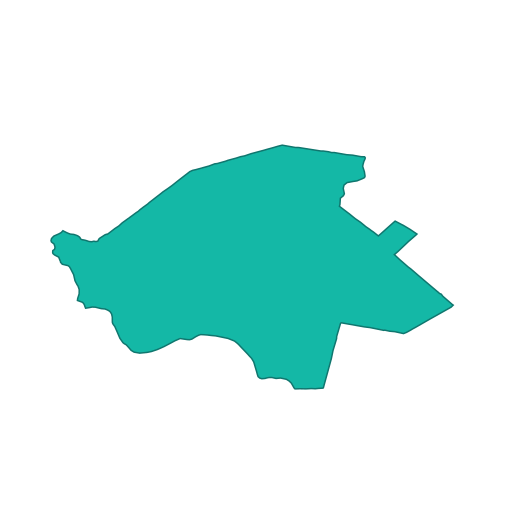 Cubulco, Baja Verapaz, Guatemala (Robinson projection), rotated 103°
{"feature_id": "79465075B69115234632813", "entity_name": "Cubulco", "entity_type": "district", "adm_level": 2, "iso_a3": "GTM", "parent_name": "Guatemala", "parent_adm1": "Baja Verapaz", "projection": "robinson", "projection_center": [-90.661, 15.156], "detail": "fine", "context": "isolated", "style": "filled", "palette": "teal", "viewbox_px": 512, "rotation_deg": 103, "n_neighbors": 0, "source": "geoboundaries", "source_scale": "gbopen_adm2", "svg_char_len": 3718}
<svg xmlns="http://www.w3.org/2000/svg" viewBox="0 0 512 512"><g transform="rotate(103 256 256)"><path d="M142.1,255.4L144.1,259.3L146.7,263.9L149.5,269.1L151.3,272.3L154.9,279.1L157.4,283.8L161.0,289.6L162.7,293.4L165.1,297.4L169.2,305.1L169.6,305.6L170.7,307.4L174.6,314.5L175.5,317.0L178.8,321.9L185.3,333.9L186.8,337.0L188.6,339.4L198.6,347.6L206.5,353.9L211.0,357.9L214.2,360.9L216.4,362.6L227.9,372.0L229.8,373.3L234.0,377.0L234.9,377.7L236.9,379.4L239.0,380.8L240.6,382.4L244.6,385.8L253.9,393.9L257.7,396.5L260.9,399.6L267.0,404.6L268.5,406.0L268.4,406.6L269.4,408.0L271.7,410.2L273.5,412.0L274.0,412.4L274.6,412.8L275.5,413.1L276.7,413.3L277.1,413.6L277.6,414.4L277.8,414.9L278.1,416.2L278.0,417.0L278.3,417.9L278.9,418.9L279.1,419.5L279.2,420.2L279.3,421.0L279.4,422.3L279.2,424.1L279.1,425.5L279.1,426.0L279.1,426.8L279.1,427.6L279.2,428.3L279.2,428.8L279.2,429.3L279.1,429.9L278.8,430.8L278.3,431.2L277.7,431.6L277.2,432.3L276.9,433.2L276.5,434.0L276.3,435.1L276.2,435.8L276.1,437.0L276.0,437.9L276.0,438.7L276.1,439.4L276.3,440.9L276.4,441.7L276.3,442.8L276.2,443.6L276.1,444.1L276.0,444.8L275.8,445.8L275.6,446.7L275.4,447.4L275.2,448.4L274.8,449.8L277.0,451.1L278.8,453.1L282.0,457.4L283.7,458.5L285.1,459.2L287.1,459.2L288.3,458.5L289.8,455.4L292.6,453.8L294.9,453.8L296.4,455.2L298.1,455.0L299.3,454.4L300.3,452.5L301.5,448.0L304.4,446.0L305.3,445.3L306.1,445.0L307.6,442.9L307.7,436.7L308.5,435.3L310.2,433.7L315.2,429.5L320.8,426.8L324.2,423.9L325.3,422.7L328.5,420.7L332.7,419.8L337.5,420.2L339.5,420.0L340.1,415.0L340.6,413.9L341.2,413.2L342.1,412.3L343.3,411.6L345.2,410.3L343.7,406.6L342.6,404.2L342.0,401.0L342.1,394.9L341.6,391.2L342.0,388.6L342.7,386.3L343.5,385.1L345.1,383.6L347.8,382.3L350.3,381.7L352.0,381.3L353.3,380.9L354.6,379.9L356.5,377.7L360.9,374.4L366.8,370.1L370.4,366.1L371.1,364.6L371.7,362.5L372.7,361.0L374.2,358.9L376.0,356.5L377.1,353.2L376.8,347.5L374.5,340.6L372.6,336.4L369.4,331.2L367.8,329.0L364.9,325.2L360.0,319.5L357.8,317.0L356.9,316.0L353.5,311.4L352.9,304.2L352.5,301.9L351.4,299.8L348.2,296.6L346.1,294.1L345.0,292.2L344.3,288.2L343.9,285.5L343.5,281.6L342.9,277.3L342.6,264.7L343.7,257.8L345.1,254.9L346.1,253.1L348.0,250.3L349.9,247.4L352.2,243.9L353.6,241.8L354.9,240.0L356.7,237.3L359.7,234.4L368.7,229.3L370.8,228.2L371.8,227.6L372.5,227.2L373.1,226.8L374.1,224.9L374.3,222.8L373.3,219.7L372.4,218.1L371.5,216.1L370.8,213.1L370.8,208.9L369.4,204.7L369.3,198.6L370.3,195.7L371.3,194.0L371.9,193.0L375.7,189.5L376.6,188.5L376.6,187.6L375.5,183.6L374.2,177.4L372.7,172.3L372.0,168.3L371.0,165.5L369.7,161.1L369.3,160.7L366.0,160.6L339.1,159.5L330.8,159.7L318.4,158.9L316.2,159.3L302.7,158.5L301.9,157.9L300.7,134.6L300.1,128.8L299.7,114.7L299.3,114.0L299.2,108.7L298.5,103.7L298.4,94.8L296.6,92.2L293.4,88.6L291.8,87.0L289.7,84.6L278.0,72.0L262.0,54.4L259.5,52.8L259.2,53.5L259.0,54.0L257.4,57.0L253.2,64.9L251.5,66.9L251.3,68.5L244.5,81.7L242.9,84.8L237.9,94.5L233.7,102.4L232.6,105.0L227.1,115.3L223.5,121.5L222.7,120.9L219.7,118.7L207.6,110.7L199.5,104.8L198.4,104.1L195.4,111.9L193.3,118.4L191.4,125.6L191.0,127.2L190.7,128.3L193.3,130.2L206.6,139.6L208.5,141.0L208.9,141.3L206.2,147.0L205.1,149.8L204.3,151.5L202.8,155.4L199.6,161.8L197.3,167.7L193.7,175.0L193.2,176.2L188.8,185.9L187.1,185.8L180.7,186.8L177.6,184.4L175.5,183.9L170.5,186.2L167.1,186.2L164.0,183.8L161.5,178.1L160.1,174.5L156.7,169.7L155.2,167.9L153.7,167.7L149.6,169.3L144.7,172.2L142.5,172.3L140.8,172.2L139.7,172.2L138.9,172.0L138.4,171.9L136.9,171.6L136.4,171.6L135.8,171.6L134.9,172.5L135.6,176.1L136.0,184.6L136.9,190.4L137.6,203.2L138.2,205.5L138.1,208.9L138.6,214.2L139.1,216.2L140.7,238.8L141.4,242.1L142.1,255.4Z" fill="#14b8a6" stroke="#0f766e" stroke-width="1.5"/></g></svg>